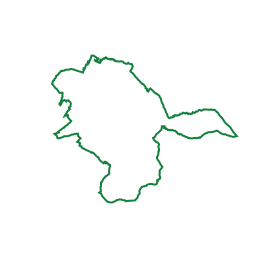 the district of Sangeru, Prahova, Romania, rotated 40°
{"feature_id": "2599482B30255763937111", "entity_name": "Sangeru", "entity_type": "district", "adm_level": 2, "iso_a3": "ROU", "parent_name": "Romania", "parent_adm1": "Prahova", "projection": "robinson", "projection_center": [26.355, 45.139], "detail": "fine", "context": "isolated", "style": "outline", "palette": "green", "viewbox_px": 256, "rotation_deg": 40, "n_neighbors": 0, "source": "geoboundaries", "source_scale": "gbopen_adm2", "svg_char_len": 5754}
<svg xmlns="http://www.w3.org/2000/svg" viewBox="0 0 256 256"><g transform="rotate(40 128 128)"><path d="M174.0,184.6L178.8,180.1L180.1,178.6L180.1,178.3L179.9,177.7L180.1,175.4L179.2,173.5L179.0,172.4L179.2,171.1L178.4,169.9L177.2,169.0L176.5,166.5L176.5,163.9L177.8,162.4L178.3,161.4L179.2,160.5L179.1,159.5L180.0,157.7L182.1,155.6L184.5,154.5L185.7,153.1L185.9,152.6L185.7,151.4L184.1,149.4L184.9,149.0L184.3,147.9L185.0,146.6L185.0,146.2L184.4,145.2L182.2,143.7L181.5,142.3L180.0,140.9L179.5,139.3L179.6,138.0L179.4,135.8L176.0,134.9L173.9,133.9L170.8,133.1L169.5,132.4L168.8,131.5L168.6,129.9L168.2,128.8L166.5,126.5L166.2,126.0L166.4,125.8L165.7,124.5L163.3,122.9L162.3,120.6L160.6,120.0L158.4,120.6L155.1,120.3L153.6,119.4L154.4,117.9L153.9,115.8L153.8,113.7L154.2,112.7L154.6,108.2L154.5,107.2L153.7,106.4L153.6,105.4L152.9,104.9L154.4,103.6L154.4,103.9L155.3,103.7L155.6,104.4L155.9,104.0L156.3,103.9L156.6,104.4L157.1,104.2L157.2,103.8L157.7,103.9L157.9,104.3L159.1,103.6L159.7,103.9L160.4,103.3L161.1,103.1L161.4,102.4L162.2,102.4L162.9,101.6L163.0,101.1L165.0,100.5L166.2,99.8L167.6,99.8L167.9,100.1L168.3,99.9L169.6,100.3L170.1,100.0L170.6,100.2L171.2,99.6L171.9,99.7L172.1,99.0L173.0,98.5L175.3,98.6L175.8,98.1L178.0,97.6L179.4,96.9L180.7,97.0L181.2,96.4L182.0,96.3L182.4,95.7L183.8,94.8L185.6,92.5L186.2,92.4L186.5,91.9L187.3,91.7L188.2,90.0L189.4,89.4L189.1,88.7L189.6,88.2L190.1,84.8L190.5,83.4L190.5,82.7L191.4,81.7L191.7,80.6L192.5,79.3L193.8,78.3L195.9,75.9L197.8,72.9L198.3,72.7L202.1,72.4L205.1,71.6L206.6,70.2L208.2,69.9L214.2,67.3L216.6,64.3L210.6,63.2L205.8,61.7L200.3,61.6L197.5,61.1L196.0,60.5L193.0,59.8L190.2,59.6L187.4,58.6L185.9,58.5L185.5,58.8L184.3,58.4L182.5,58.5L181.3,59.8L179.7,60.3L179.5,60.8L178.9,61.2L178.7,61.8L175.8,63.6L175.3,64.3L173.9,65.2L173.8,66.0L173.0,67.7L171.4,68.0L171.0,68.4L170.7,68.9L170.8,69.8L170.6,70.8L169.4,71.7L169.6,72.5L169.2,73.8L167.8,74.2L168.0,74.4L167.7,74.9L167.9,75.8L167.2,76.4L167.1,77.2L165.9,77.4L165.1,78.1L165.0,78.7L163.3,78.4L163.1,78.7L163.3,79.0L162.8,80.0L160.6,80.6L160.3,81.0L160.3,82.1L158.9,83.5L159.1,84.8L158.4,85.4L158.3,86.0L157.6,87.1L156.7,87.2L156.3,87.8L155.6,88.2L156.0,88.8L155.9,89.4L155.0,89.6L154.9,89.9L155.6,90.5L155.5,91.1L154.1,92.2L153.6,93.2L153.6,93.7L152.6,94.0L150.1,93.2L149.5,92.5L147.3,91.7L145.4,90.4L141.5,88.9L140.4,87.8L137.1,86.5L134.1,84.2L132.8,84.1L131.4,83.2L127.9,83.2L127.5,83.7L126.8,83.6L125.2,83.9L124.0,83.6L119.7,83.3L119.5,84.6L120.1,87.0L119.2,87.4L118.3,86.8L118.2,86.1L117.8,85.9L117.3,86.0L116.7,85.8L116.0,86.3L115.1,85.3L113.3,84.9L111.7,84.6L110.6,85.2L109.4,84.8L108.6,85.0L106.1,84.5L104.0,84.5L103.6,84.2L102.6,84.0L101.4,84.1L97.0,83.0L93.5,83.2L93.2,82.9L93.0,80.9L92.2,77.9L89.9,76.6L88.3,77.7L87.3,78.0L86.3,77.9L86.3,78.8L86.0,79.1L85.8,79.7L85.4,79.9L83.1,80.8L81.5,80.5L80.2,81.0L79.5,81.6L78.6,82.8L77.3,83.4L75.4,84.9L73.5,85.2L73.3,85.0L73.6,84.5L73.3,84.4L70.8,85.7L70.6,86.0L71.1,86.3L70.2,87.1L69.1,87.2L68.1,88.1L67.3,87.9L66.8,88.2L65.6,88.1L65.5,88.6L65.8,89.0L65.0,89.6L65.4,90.1L64.6,91.0L64.4,93.5L64.1,93.4L64.1,93.0L63.6,93.4L63.3,93.5L63.2,93.1L63.0,93.3L63.6,94.1L63.7,94.8L64.8,95.8L64.8,96.2L64.1,96.3L63.4,96.7L62.9,96.6L62.4,97.1L60.5,97.2L60.2,97.7L59.0,97.5L58.9,97.3L59.5,97.2L60.5,96.7L60.9,96.2L61.1,95.6L60.1,95.0L60.7,94.7L60.8,93.9L60.5,93.7L59.8,94.5L57.2,94.3L56.1,94.8L55.1,94.7L53.7,95.7L53.6,96.1L54.6,98.4L55.9,102.6L54.8,102.4L54.5,102.5L54.5,102.8L55.2,104.0L56.1,104.2L56.2,104.9L56.3,105.3L55.5,105.8L55.0,106.6L55.9,107.9L56.7,110.1L55.7,110.8L56.1,111.1L56.1,111.5L56.5,111.4L56.9,111.7L57.8,114.6L56.1,115.1L53.5,116.4L48.9,118.0L46.3,119.5L45.5,120.9L42.5,123.8L42.3,124.9L41.4,125.9L41.0,126.7L40.1,127.1L40.2,127.4L40.0,129.2L40.2,130.0L39.8,130.7L40.1,131.3L40.1,132.6L39.4,134.3L40.0,134.9L40.3,135.6L40.3,138.3L40.7,139.0L40.3,139.9L40.6,140.9L41.2,141.8L41.3,142.9L46.9,144.1L47.8,143.9L51.2,144.5L52.7,145.2L53.8,144.4L54.6,143.3L55.2,143.1L55.7,143.6L56.6,145.1L57.6,145.9L57.9,146.6L57.8,147.5L59.1,149.0L59.1,150.1L59.5,150.6L59.9,152.1L59.7,153.1L60.1,153.8L61.4,154.1L61.6,154.0L61.3,152.4L60.9,152.2L61.0,150.6L60.6,150.2L60.6,149.7L61.2,147.5L62.2,147.3L63.6,147.4L63.5,146.2L64.7,145.1L65.5,145.4L67.6,145.4L68.7,146.2L69.3,147.5L70.1,148.4L70.0,149.8L69.6,150.2L69.9,150.4L69.9,150.7L71.0,150.9L70.8,151.1L71.3,152.4L70.9,153.1L71.1,154.7L70.9,155.2L71.8,157.5L71.6,158.7L71.8,159.6L73.0,156.8L73.2,156.7L74.2,157.0L74.3,157.4L74.2,157.9L74.9,158.4L78.0,159.0L79.9,159.0L80.2,160.7L79.8,162.0L79.5,164.0L79.7,164.4L79.0,166.2L78.7,167.7L79.1,168.4L78.5,168.9L76.9,176.0L77.8,176.1L75.5,179.8L78.4,179.7L80.3,181.0L81.8,180.4L81.9,179.8L83.5,177.8L84.4,175.3L85.7,174.4L87.6,172.2L88.4,170.9L88.8,169.7L90.3,168.1L90.7,167.1L93.3,164.5L95.2,166.3L98.2,166.4L98.0,171.2L99.8,170.5L101.1,170.4L101.4,170.9L101.1,171.3L101.6,171.7L101.8,172.3L102.5,172.8L104.2,172.0L105.0,172.6L106.1,172.8L107.6,172.2L110.8,171.6L112.1,171.0L116.3,170.2L116.3,169.6L118.1,169.3L122.2,169.9L124.6,169.5L125.1,170.2L128.1,170.9L132.1,170.7L132.2,169.5L132.9,169.4L132.4,169.0L133.1,168.9L132.3,168.7L132.5,168.4L133.2,168.4L133.7,168.0L134.3,168.3L135.0,168.0L136.6,168.6L137.1,167.9L137.9,167.9L138.0,168.2L138.9,168.7L139.4,170.2L140.3,171.8L141.5,173.6L142.5,174.3L142.8,174.8L142.8,175.3L143.1,175.9L142.7,176.6L142.7,177.7L142.2,178.5L141.8,179.7L142.2,180.7L141.8,182.2L141.9,183.1L142.4,184.8L142.3,186.2L142.8,186.7L142.5,187.4L144.7,189.8L144.9,191.0L145.8,191.8L146.3,192.5L147.8,193.6L147.9,194.3L147.5,196.0L149.7,195.5L151.7,196.7L157.0,197.5L160.0,197.6L162.5,196.2L163.7,195.3L165.5,191.7L165.6,190.9L165.8,190.2L166.9,189.2L167.2,188.3L168.8,187.1L170.5,186.6L171.9,185.4L173.6,185.5L174.0,184.6Z" fill="none" stroke="#15803d" stroke-width="2"/></g></svg>